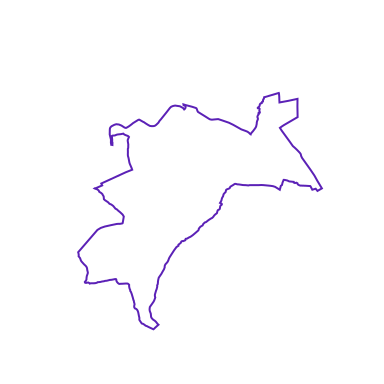 Apetatitlán de Antonio Carvajal, Tlaxcala, Mexico (Natural Earth projection), rotated 239°
{"feature_id": "50627088B98647454285357", "entity_name": "Apetatitlán de Antonio Carvajal", "entity_type": "district", "adm_level": 2, "iso_a3": "MEX", "parent_name": "Mexico", "parent_adm1": "Tlaxcala", "projection": "natural_earth1", "projection_center": [-98.195, 19.35], "detail": "fine", "context": "isolated", "style": "outline", "palette": "violet", "viewbox_px": 384, "rotation_deg": 239, "n_neighbors": 0, "source": "geoboundaries", "source_scale": "gbopen_adm2", "svg_char_len": 6028}
<svg xmlns="http://www.w3.org/2000/svg" viewBox="0 0 384 384"><g transform="rotate(239 192 192)"><path d="M246.0,118.6L243.9,118.4L244.8,111.5L245.2,110.8L245.2,110.4L244.6,110.8L243.5,111.8L242.9,112.2L242.5,112.4L241.3,112.8L240.0,112.6L238.0,113.6L237.7,113.7L236.4,114.1L236.0,114.0L233.7,114.0L231.2,112.8L230.0,113.1L226.4,114.8L224.4,115.2L222.8,116.4L220.6,117.3L217.1,117.8L215.9,118.6L214.1,119.1L211.6,120.0L208.4,120.9L206.1,120.9L201.2,116.7L201.0,116.4L201.0,116.0L201.9,113.6L202.2,113.3L203.3,111.2L205.3,105.5L207.3,99.5L208.2,95.3L208.2,91.4L199.0,63.4L197.9,63.1L196.4,62.5L195.3,61.7L193.1,62.0L191.9,61.8L190.6,61.5L189.4,61.5L185.7,62.2L183.6,62.8L182.3,63.0L180.8,62.8L179.0,62.0L176.7,61.3L175.9,60.7L174.1,58.5L172.5,57.2L171.5,56.6L171.1,56.1L170.7,55.5L170.1,53.8L169.5,53.6L168.9,54.0L168.5,54.7L168.4,55.2L168.1,55.7L167.9,56.4L167.0,57.0L166.1,57.2L166.0,58.0L165.4,59.1L164.8,60.1L164.4,60.8L164.2,61.0L164.0,61.6L163.6,62.3L163.2,63.9L163.3,64.6L162.5,66.2L162.1,67.1L161.6,68.8L160.8,70.7L160.6,71.7L160.0,72.9L159.6,74.0L158.9,76.5L158.6,76.9L158.0,78.3L156.9,81.4L156.4,82.0L155.9,82.0L155.0,81.5L154.3,81.4L153.3,81.4L152.2,81.6L151.1,82.0L150.6,82.4L150.2,83.3L149.0,85.5L147.5,88.4L146.7,89.6L146.3,89.9L145.4,90.2L144.8,90.3L143.7,89.6L142.2,89.0L141.1,88.7L140.0,88.6L139.0,88.1L137.8,88.2L135.6,87.8L132.1,86.9L129.3,86.1L128.7,86.1L127.3,85.5L126.3,85.3L125.1,84.8L124.7,84.3L124.1,83.8L123.2,83.2L122.4,83.1L121.7,83.1L120.4,84.0L119.2,84.3L117.8,84.2L116.5,83.9L112.9,82.6L111.9,82.3L111.1,82.0L109.7,81.1L109.1,81.0L105.2,81.2L104.1,82.2L103.4,82.5L102.7,82.9L101.4,83.3L100.2,84.3L98.7,85.2L94.2,88.2L94.3,89.2L94.6,90.2L95.5,94.9L96.9,94.5L98.0,94.4L99.5,94.2L101.1,93.7L102.4,93.0L104.5,92.5L106.0,92.6L108.9,94.0L111.7,94.5L112.9,95.0L113.7,95.5L115.1,96.6L115.8,98.1L116.8,100.4L117.3,101.5L117.7,102.4L118.4,103.6L119.6,105.1L120.5,106.2L121.4,106.4L122.3,106.8L123.2,107.4L126.0,110.4L126.9,111.6L128.7,113.4L130.0,114.1L130.5,115.0L131.7,116.0L132.8,116.7L134.3,118.0L135.7,119.4L137.6,123.6L138.9,125.8L140.2,128.2L141.6,129.9L142.4,130.3L143.1,131.0L143.8,132.2L144.1,133.4L144.8,135.3L145.7,136.6L147.0,138.2L147.7,139.4L151.2,146.5L152.8,150.3L152.9,152.7L153.8,153.2L154.2,156.2L155.0,157.3L155.0,158.3L154.4,159.2L154.1,161.4L154.6,161.8L155.1,162.5L154.6,163.7L154.6,166.1L154.4,167.7L154.6,170.4L155.1,173.5L155.8,177.5L156.3,178.4L157.1,179.0L157.9,181.3L157.9,183.9L158.8,185.2L159.3,187.3L159.1,187.9L159.0,188.7L159.4,191.6L159.5,194.4L159.4,196.1L159.8,197.6L160.4,198.8L160.8,200.4L161.0,202.4L162.9,204.4L163.1,204.8L163.0,206.0L163.1,206.8L163.3,207.2L165.2,208.8L165.7,209.6L165.7,210.5L165.9,211.1L166.4,211.4L166.8,211.3L168.2,210.4L168.9,211.8L169.7,213.0L170.8,214.0L171.6,215.0L172.3,216.4L173.0,217.1L173.8,217.9L174.3,219.3L174.6,220.7L176.1,222.2L176.3,222.6L176.3,223.2L175.9,225.5L175.9,226.1L176.2,226.8L176.8,227.6L176.8,229.7L176.8,231.2L176.9,232.4L176.8,233.1L176.2,233.9L175.2,234.8L174.5,235.9L171.6,239.4L170.4,241.3L169.0,243.2L168.7,243.5L168.2,244.9L167.0,246.9L163.4,252.9L163.1,253.6L162.8,254.1L162.3,255.0L161.1,256.8L157.1,262.2L155.3,264.4L153.6,265.9L148.7,268.4L150.5,270.3L151.2,270.9L151.5,271.3L151.7,272.8L153.3,274.3L155.2,276.8L154.6,277.7L152.8,279.6L151.0,280.8L148.3,284.4L147.7,284.1L146.6,284.9L146.2,286.3L145.1,286.9L144.5,286.7L144.2,286.6L143.6,286.8L142.4,287.5L141.7,288.2L139.1,292.2L136.2,296.4L135.6,296.5L132.0,296.3L131.1,299.7L128.3,300.1L128.2,305.2L137.0,305.2L143.2,305.4L150.4,305.0L164.6,303.9L166.6,304.1L168.4,304.7L170.1,304.6L174.1,303.7L177.0,302.9L179.4,302.1L184.9,301.7L198.4,300.5L201.7,300.4L201.9,302.6L202.0,305.3L201.8,321.1L211.0,326.4L217.5,330.4L220.5,321.6L223.7,313.1L225.6,314.1L229.0,316.0L231.7,317.3L232.2,317.4L235.8,303.5L236.1,302.7L234.9,301.6L234.7,300.7L234.3,300.4L234.0,300.1L233.2,299.6L233.0,299.3L233.2,298.9L233.2,298.7L233.1,298.4L232.6,297.7L232.3,297.6L232.3,297.2L232.6,296.6L232.4,295.8L232.3,295.5L232.0,295.1L231.1,294.4L230.9,294.1L230.6,293.3L230.5,292.4L230.3,291.7L230.2,291.6L229.9,291.6L229.3,292.7L228.7,292.8L228.4,292.8L227.2,291.7L226.0,291.3L225.5,291.3L225.3,291.2L225.0,290.8L225.0,290.5L225.2,290.3L225.5,290.2L225.6,289.9L224.9,289.3L224.6,289.4L224.3,289.3L224.1,288.9L224.0,288.4L223.6,287.7L222.8,286.8L222.0,286.5L221.4,286.5L221.1,286.3L220.6,286.1L220.0,285.4L219.3,284.4L218.3,283.4L217.0,282.5L215.1,280.7L214.5,279.8L213.6,277.8L213.3,277.0L212.6,275.3L212.2,273.8L211.8,273.0L211.7,272.7L211.5,272.3L211.2,272.0L211.5,271.8L212.9,271.5L214.0,271.1L215.1,270.6L216.6,269.5L220.3,266.5L221.4,265.9L228.4,261.9L232.4,259.3L238.0,254.6L241.0,252.0L242.5,248.9L243.5,246.8L243.9,246.1L244.4,245.5L245.2,244.7L246.5,244.0L250.1,242.2L253.2,240.6L257.5,238.4L257.9,238.4L258.5,238.4L260.5,238.8L261.3,238.9L262.0,238.6L265.0,236.0L269.7,231.4L271.5,229.8L270.8,229.5L270.4,229.7L269.6,230.4L269.0,230.7L268.6,230.5L267.9,230.1L267.3,229.5L266.9,228.6L266.8,227.8L268.6,227.6L271.7,225.8L274.8,222.0L275.5,220.0L275.8,218.0L275.4,216.3L273.5,211.4L270.4,203.0L269.7,200.8L268.7,198.9L268.0,195.9L267.9,194.2L268.2,193.2L268.7,192.2L269.4,191.1L270.4,189.9L272.5,188.7L274.7,187.6L276.7,186.7L277.2,186.3L280.4,184.5L281.3,183.9L281.5,182.8L281.4,176.9L281.1,174.9L280.8,171.8L280.8,169.5L280.9,168.5L281.3,167.9L282.3,167.2L285.2,165.8L287.5,164.1L289.1,162.0L289.6,160.0L289.7,158.4L289.8,156.9L289.5,155.6L288.9,154.5L287.7,153.6L283.7,151.1L278.6,149.5L275.9,147.8L274.0,147.1L273.8,147.5L273.3,148.0L275.4,149.3L276.1,149.4L276.5,149.6L277.9,150.5L280.6,151.8L281.1,152.1L281.3,152.2L281.3,152.5L281.3,152.8L280.2,155.0L279.9,157.0L279.6,157.9L278.2,160.9L277.5,162.9L277.4,163.2L276.3,163.5L275.8,163.8L274.8,164.5L273.3,165.7L272.7,166.1L271.6,166.3L270.7,165.0L269.6,163.6L268.4,163.0L265.6,161.9L264.7,161.3L263.4,160.5L262.6,160.0L262.1,159.3L261.8,159.1L258.7,157.3L257.5,156.5L256.0,155.7L253.8,155.1L249.5,153.5L248.3,153.2L243.8,152.6L241.9,152.2L243.0,145.6L246.0,118.6Z" fill="none" stroke="#5b21b6" stroke-width="2"/></g></svg>